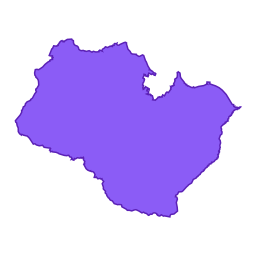 outline of Pasuruan, Jawa Timur, Indonesia
{"feature_id": "22746128B81373906315979", "entity_name": "Pasuruan", "entity_type": "district", "adm_level": 2, "iso_a3": "IDN", "parent_name": "Indonesia", "parent_adm1": "Jawa Timur", "projection": "mercator", "projection_center": [112.85, -7.751], "detail": "fine", "context": "isolated", "style": "filled", "palette": "violet", "viewbox_px": 256, "rotation_deg": 0, "n_neighbors": 0, "source": "geoboundaries", "source_scale": "gbopen_adm2", "svg_char_len": 5728}
<svg xmlns="http://www.w3.org/2000/svg" viewBox="0 0 256 256"><path d="M21.2,134.9L21.2,134.4L22.6,134.6L23.2,135.1L27.3,136.1L29.4,138.2L33.3,144.1L34.1,143.8L35.2,143.9L36.3,144.9L39.3,145.8L42.6,145.3L44.1,147.3L50.4,148.2L50.6,148.6L49.6,150.1L50.2,150.5L50.5,151.8L52.2,151.4L52.6,151.9L56.0,152.3L58.5,153.3L59.0,153.8L64.3,155.4L66.7,155.7L68.2,155.3L68.9,155.4L69.6,156.8L71.4,157.3L71.8,158.4L71.4,159.2L72.1,158.9L72.1,159.5L73.5,160.1L73.9,160.2L74.4,158.5L75.5,158.9L77.4,157.7L79.4,158.1L80.4,158.0L80.7,157.6L81.3,158.0L81.5,157.6L82.3,157.8L83.4,157.3L83.6,158.2L83.2,158.7L83.5,159.0L83.5,159.8L84.8,161.3L84.4,162.1L84.6,163.3L84.2,163.6L84.8,164.6L84.2,164.2L83.8,164.4L86.1,168.7L87.7,170.1L89.8,171.0L90.5,170.8L90.5,171.1L91.6,171.6L92.8,171.6L94.0,172.5L95.0,174.6L94.2,177.4L95.4,177.5L96.2,177.0L97.8,178.8L100.2,178.4L100.8,179.0L101.9,178.7L102.0,179.6L103.7,181.4L102.2,183.7L103.4,187.2L103.3,188.9L105.5,191.3L105.2,192.9L106.5,194.2L106.9,195.7L108.5,198.0L109.2,198.2L109.7,199.4L110.5,200.2L112.4,200.9L114.2,203.6L117.7,204.7L118.9,204.5L121.2,204.7L121.6,205.1L121.9,206.8L126.1,209.1L127.3,210.3L129.3,210.3L131.8,210.9L134.5,209.9L136.0,209.7L138.9,211.0L141.9,212.9L143.6,212.2L144.9,213.1L146.5,213.5L148.4,215.3L149.2,215.1L150.4,214.1L151.9,214.3L153.1,213.1L154.1,212.8L155.8,213.2L157.0,214.1L156.9,214.5L157.7,214.8L157.6,215.3L158.6,215.8L159.8,216.0L161.3,214.8L163.4,216.1L164.6,215.9L169.9,216.9L170.1,215.4L170.9,214.4L174.0,214.0L177.5,211.1L177.2,207.3L176.3,202.5L177.4,199.1L176.9,197.3L176.1,196.9L175.8,196.4L175.5,196.5L175.7,195.3L177.5,194.3L178.7,191.9L181.8,191.7L183.0,190.8L186.6,186.8L188.2,185.4L188.3,185.0L191.6,183.0L193.3,179.4L196.2,178.0L196.7,177.0L197.2,176.9L198.1,176.2L198.1,175.7L200.2,174.3L200.2,173.9L201.6,172.1L203.5,171.1L203.5,170.2L204.2,170.2L205.3,168.3L207.2,167.1L207.2,166.4L208.4,165.9L208.1,165.4L209.0,165.1L209.3,164.0L210.8,163.9L210.8,163.4L211.9,162.9L211.8,162.3L212.3,162.4L214.1,161.5L215.2,160.0L217.0,159.0L217.0,158.1L217.8,158.0L218.3,156.6L217.9,156.1L218.3,155.0L217.9,154.4L218.7,154.0L218.8,153.0L219.5,152.0L219.4,151.3L218.8,151.4L218.6,151.1L219.8,149.5L219.7,148.5L220.2,147.7L219.8,145.3L220.6,143.0L220.2,140.5L219.1,138.9L220.4,135.1L221.7,134.2L222.0,132.9L222.0,131.8L221.3,130.6L221.6,129.0L221.2,128.5L221.0,126.9L221.9,125.7L222.6,125.4L223.3,124.2L223.8,124.3L224.7,123.7L224.8,123.2L225.2,123.2L225.4,122.3L226.0,122.5L226.2,121.9L227.3,121.3L227.6,120.3L228.0,120.5L227.8,119.8L228.1,118.8L228.6,118.8L228.9,116.9L229.4,116.3L230.2,116.2L230.5,115.3L231.2,115.4L231.7,114.6L231.9,113.5L232.4,113.2L232.3,112.5L233.0,112.4L232.9,111.8L234.0,110.3L234.6,110.4L235.3,109.3L237.1,109.5L237.2,108.7L237.7,109.0L238.3,108.6L238.8,108.8L240.6,107.0L240.1,106.9L238.5,107.8L236.9,107.2L235.3,107.3L234.2,106.7L234.5,106.3L233.8,106.3L233.6,104.6L232.8,104.7L232.0,104.1L226.2,94.5L222.2,90.1L219.1,87.7L215.6,85.9L209.8,83.9L209.9,82.2L207.0,82.0L206.9,83.3L207.4,84.1L206.6,83.9L206.5,84.3L203.7,85.6L198.7,86.4L194.4,87.8L193.6,87.5L193.8,87.1L193.4,86.9L193.0,87.5L192.3,87.6L190.9,87.2L188.2,85.8L187.6,86.0L186.6,85.0L186.7,84.6L185.8,84.6L185.9,84.1L184.3,83.1L184.5,82.6L181.1,78.3L180.4,76.7L180.1,73.7L179.7,72.7L178.7,72.3L178.1,72.4L178.1,72.0L177.2,72.5L177.4,74.9L177.1,77.3L176.2,78.4L175.2,78.7L174.7,79.9L175.0,80.6L174.6,81.9L173.6,83.9L174.2,85.1L173.3,85.7L172.8,85.6L172.6,86.1L171.8,86.0L171.6,86.5L170.6,86.4L171.1,87.5L170.6,88.1L171.0,89.0L168.4,92.6L167.0,92.0L166.1,92.7L164.5,95.8L162.7,94.9L162.1,96.9L161.3,96.5L160.8,97.3L159.4,96.8L159.1,97.4L158.2,97.1L157.5,98.2L155.3,100.2L154.9,99.9L154.5,100.1L152.7,99.8L153.2,98.7L152.4,95.8L150.8,95.5L151.1,94.9L150.1,94.2L149.9,94.6L149.0,94.2L148.3,94.7L146.7,94.0L147.9,93.6L148.8,91.9L147.8,91.0L146.8,90.8L147.3,89.4L147.5,89.2L149.2,89.9L149.2,88.8L145.5,86.7L145.1,87.7L144.5,87.6L143.8,89.1L143.5,88.9L143.2,89.2L142.8,87.6L143.5,85.5L142.6,85.0L143.1,82.8L143.7,82.1L144.5,79.6L144.1,79.2L144.2,78.6L143.0,78.2L142.9,77.6L143.9,75.9L144.0,74.3L145.3,74.6L145.1,75.3L145.7,75.6L145.7,76.0L148.0,76.7L148.5,75.5L147.9,75.3L148.9,73.1L151.3,74.5L152.3,73.8L154.3,75.2L155.1,75.4L155.8,73.8L155.3,73.2L153.6,72.7L152.7,71.5L150.2,69.8L149.5,69.7L149.9,69.3L147.9,66.0L146.3,61.9L145.5,60.7L143.7,55.5L142.5,54.9L139.7,56.3L138.8,56.4L136.0,54.6L136.1,54.3L132.3,54.0L131.1,53.3L130.1,51.4L128.0,49.2L126.4,43.8L126.6,43.0L125.6,42.3L124.3,42.5L120.0,44.4L119.1,45.1L118.2,45.2L117.4,45.0L116.6,44.2L116.9,43.3L116.2,43.7L114.7,43.5L114.1,44.0L114.1,45.3L112.8,45.2L112.5,46.5L111.8,46.4L111.7,45.9L110.7,46.4L110.2,46.1L107.7,47.5L105.4,46.8L104.3,48.1L102.5,49.2L101.8,50.7L102.0,51.0L99.8,50.1L98.9,50.8L99.0,51.7L95.8,52.0L93.3,51.3L92.0,52.2L89.2,50.7L86.1,51.4L85.0,50.9L84.8,51.1L83.2,50.4L81.4,50.7L80.3,50.4L78.9,49.4L78.3,47.2L77.3,46.1L75.3,45.4L74.2,44.5L73.5,42.9L73.4,40.7L71.9,39.7L71.7,39.1L67.3,39.4L64.5,41.1L64.3,41.7L63.2,41.7L63.3,41.1L62.2,41.0L62.0,40.6L60.8,41.1L59.5,42.4L59.6,42.7L57.7,45.1L58.1,45.4L57.7,45.8L56.8,45.8L56.4,46.2L53.7,45.8L52.5,48.5L51.8,48.9L49.2,55.5L50.3,55.9L52.3,55.9L52.2,56.3L52.7,57.0L52.3,57.2L53.0,57.6L52.7,58.1L52.2,57.7L51.9,59.2L52.2,59.5L50.9,59.7L49.8,60.3L50.0,61.0L48.1,61.9L45.1,64.3L42.7,67.0L39.3,69.3L38.3,69.7L37.0,69.3L35.3,69.6L34.6,72.9L34.9,75.2L35.8,76.4L35.9,77.3L37.2,78.4L38.1,79.8L38.5,81.5L38.7,84.6L38.6,85.4L36.7,88.5L35.8,89.1L35.8,90.6L36.4,91.7L34.8,93.7L32.4,98.2L30.6,99.5L30.6,100.2L30.0,100.6L27.1,101.8L25.4,103.8L25.2,105.2L24.3,106.5L23.4,106.7L22.6,109.2L22.1,110.2L21.6,110.4L21.7,112.2L20.2,115.0L15.4,120.7L15.7,122.1L16.6,122.8L17.2,125.8L18.2,127.9L18.3,131.7L19.6,133.8L21.2,134.9Z" fill="#8b5cf6" stroke="#5b21b6" stroke-width="1.5"/></svg>